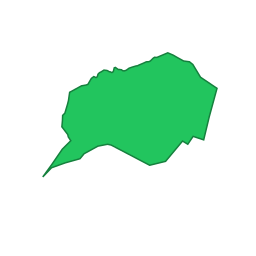 Monguel, Gorgol, Mauritania (Mercator projection), rotated 216°
{"feature_id": "47542326B31251685847111", "entity_name": "Monguel", "entity_type": "district", "adm_level": 2, "iso_a3": "MRT", "parent_name": "Mauritania", "parent_adm1": "Gorgol", "projection": "mercator", "projection_center": [-12.888, 16.524], "detail": "fine", "context": "isolated", "style": "filled", "palette": "green", "viewbox_px": 256, "rotation_deg": 216, "n_neighbors": 0, "source": "geoboundaries", "source_scale": "gbopen_adm2", "svg_char_len": 1059}
<svg xmlns="http://www.w3.org/2000/svg" viewBox="0 0 256 256"><g transform="rotate(216 128 128)"><path d="M59.8,162.9L68.9,184.9L79.3,212.4L99.2,211.7L112.9,217.5L117.2,217.7L122.4,214.9L130.4,213.9L134.3,213.5L140.0,212.2L146.1,202.1L148.1,200.8L148.7,199.1L149.0,197.2L149.3,195.4L150.1,193.9L152.1,192.3L153.6,189.6L154.8,187.6L156.1,185.5L156.9,183.9L157.9,183.0L160.5,179.6L162.3,177.0L163.4,173.6L164.7,171.9L166.1,171.2L167.5,171.3L169.7,170.1L170.2,169.6L173.8,169.6L174.5,168.6L173.2,165.4L173.2,164.3L173.6,163.4L175.7,162.9L176.2,162.5L177.9,162.4L178.8,162.2L181.5,160.7L182.6,157.9L183.6,156.0L183.9,153.9L183.0,151.4L183.5,150.0L185.9,149.5L186.8,146.6L186.1,139.7L187.2,138.1L190.4,134.8L196.2,122.6L192.3,115.2L190.9,111.7L187.8,102.9L188.3,99.8L185.3,95.3L182.2,90.1L172.9,87.3L171.1,85.7L166.8,84.1L168.7,72.3L168.2,53.8L168.2,38.3L166.5,50.9L158.3,62.9L148.8,74.9L148.4,81.4L141.7,95.6L135.0,102.8L131.6,104.3L88.6,110.6L78.0,123.1L76.2,149.5L70.1,150.0L70.4,159.5L59.8,162.9Z" fill="#22c55e" stroke="#15803d" stroke-width="1.5"/></g></svg>